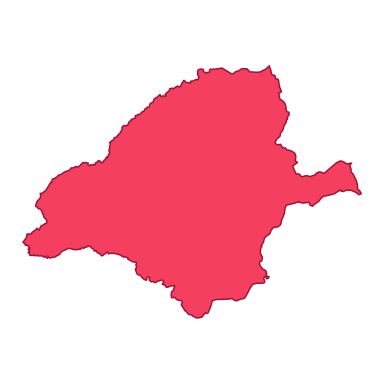 outline of Ribaue, Nampula, Mozambique
{"feature_id": "85939544B68369930448432", "entity_name": "Ribaue", "entity_type": "district", "adm_level": 2, "iso_a3": "MOZ", "parent_name": "Mozambique", "parent_adm1": "Nampula", "projection": "mercator", "projection_center": [38.027, -15.017], "detail": "fine", "context": "isolated", "style": "filled", "palette": "rose", "viewbox_px": 384, "rotation_deg": 0, "n_neighbors": 0, "source": "geoboundaries", "source_scale": "gbopen_adm2", "svg_char_len": 5915}
<svg xmlns="http://www.w3.org/2000/svg" viewBox="0 0 384 384"><path d="M114.0,253.3L119.8,254.8L123.7,257.2L124.3,256.6L127.2,257.5L128.0,258.1L127.7,258.8L128.1,259.2L132.6,261.8L136.2,262.3L136.6,263.0L135.9,264.6L136.6,267.8L135.3,269.2L137.0,273.9L138.2,274.8L140.5,275.4L142.1,277.7L144.3,279.5L146.3,280.2L146.8,279.6L146.9,277.6L147.7,277.1L149.2,277.0L149.8,277.9L149.1,279.9L151.1,281.8L152.5,281.5L154.7,282.5L155.9,282.6L157.8,280.8L159.3,281.0L161.7,279.9L162.0,280.1L163.8,281.8L163.6,282.5L162.4,283.6L162.4,284.3L164.6,285.0L166.3,287.2L167.6,287.2L171.3,285.9L174.5,285.6L174.8,286.3L174.3,286.9L173.6,289.8L171.6,291.9L171.2,294.9L171.5,297.5L172.6,297.8L174.2,297.2L177.5,300.0L178.9,300.5L180.4,300.2L182.4,302.0L182.4,302.7L181.4,304.0L181.5,305.4L183.9,308.7L184.4,310.3L186.0,311.4L188.7,314.4L191.8,315.0L192.8,316.0L195.8,317.7L197.7,318.0L199.7,317.7L202.3,316.8L204.8,313.2L205.7,313.0L206.6,313.5L208.1,312.8L210.3,307.5L212.2,301.3L212.9,300.5L216.4,299.5L228.6,299.1L231.5,298.6L232.8,298.9L234.3,300.3L236.8,300.8L240.5,299.1L243.3,298.7L245.2,297.5L250.3,287.8L252.6,284.4L256.5,283.3L263.5,283.1L264.5,282.6L264.7,282.0L264.5,280.2L263.6,278.7L264.4,277.0L265.6,276.5L266.7,278.8L268.5,278.1L269.0,276.8L267.2,276.1L266.0,274.9L266.0,274.1L266.8,273.3L266.1,272.2L266.1,271.3L265.0,270.1L262.9,269.3L259.9,265.5L259.5,262.6L260.0,261.7L261.7,261.0L262.4,258.2L262.2,256.7L260.2,252.9L260.8,247.9L261.9,246.5L261.9,245.9L261.3,245.4L263.5,242.2L264.3,238.5L266.1,236.4L269.9,233.7L270.9,230.7L272.7,228.2L274.0,227.3L277.8,226.9L280.1,225.2L281.0,223.6L281.4,220.7L284.4,213.4L285.1,208.0L286.3,205.2L294.1,203.3L298.8,201.7L298.9,202.1L300.0,202.5L303.1,203.1L308.6,202.3L309.4,203.3L310.2,205.4L312.8,206.2L313.2,205.2L318.9,201.2L321.1,198.2L323.1,196.5L334.0,193.9L339.1,190.8L339.6,190.1L341.7,191.3L343.2,191.5L346.6,190.2L350.9,190.3L356.1,192.4L358.9,194.7L360.9,194.0L361.0,192.9L359.9,191.2L357.7,188.9L357.4,187.4L357.5,185.1L356.4,180.9L353.3,174.4L351.0,171.9L351.0,168.8L350.0,166.0L350.3,164.6L351.4,163.2L351.0,163.1L347.1,164.0L343.5,161.8L340.5,160.9L336.6,162.7L324.7,172.8L323.2,173.2L321.1,172.2L319.1,171.9L316.1,173.4L315.0,175.0L310.0,176.6L307.5,175.8L305.4,175.8L301.7,176.9L299.3,174.1L296.0,173.8L292.9,166.9L293.4,165.5L297.3,162.7L297.0,161.9L295.7,161.4L295.4,160.6L295.8,156.2L295.3,154.3L294.4,153.0L292.0,151.3L288.8,150.1L287.0,150.1L285.4,148.0L282.7,147.8L280.6,144.4L277.8,144.7L276.4,144.3L275.3,143.3L275.1,142.1L276.2,140.5L276.2,139.6L280.0,136.3L280.6,132.9L282.6,130.5L284.1,125.6L285.8,123.1L286.6,120.0L287.4,119.3L287.6,116.6L289.1,114.9L289.1,112.8L288.8,112.2L287.0,111.7L286.4,111.0L285.8,106.1L285.0,103.6L282.4,100.5L280.6,99.8L279.6,98.4L279.4,95.8L278.6,93.4L279.0,92.9L280.7,92.5L281.4,91.4L280.0,87.8L279.3,87.3L279.6,86.1L279.1,84.9L278.5,80.1L278.0,79.3L275.6,78.7L275.2,76.4L274.6,75.3L272.9,75.2L271.5,74.0L270.7,69.8L269.3,66.0L265.4,69.4L263.6,70.1L260.6,71.9L257.0,72.3L250.3,71.9L249.4,71.5L247.1,68.9L242.3,68.7L240.7,69.3L239.1,70.7L235.5,71.8L232.9,74.0L231.3,73.7L222.1,68.1L214.9,69.2L213.0,69.1L212.2,69.5L210.5,69.1L209.5,70.1L209.6,71.3L209.3,72.0L208.0,72.6L206.7,72.4L205.7,73.0L205.0,72.9L203.4,71.2L203.6,70.0L203.2,69.4L200.4,69.0L198.3,69.9L197.6,71.4L197.7,74.9L198.7,76.5L198.8,77.5L197.9,79.5L195.5,79.8L192.6,81.1L190.8,81.2L190.6,82.9L190.0,83.2L188.9,82.7L186.1,82.4L184.4,80.5L183.5,80.6L183.1,81.9L181.7,83.5L180.5,86.5L179.7,86.9L177.6,86.1L174.7,87.7L173.4,88.9L172.2,88.2L169.9,88.7L168.7,91.4L167.3,92.2L165.2,94.4L165.7,95.3L165.6,96.3L163.3,95.9L161.1,96.6L160.3,94.9L159.5,94.8L157.2,97.4L156.3,97.4L153.8,99.5L153.2,102.1L150.3,103.4L148.9,107.3L147.2,107.1L146.1,108.7L144.9,109.0L144.7,110.1L143.7,111.1L141.8,112.1L139.9,114.4L138.9,114.7L138.2,114.3L136.4,115.6L135.3,115.7L135.5,116.9L135.2,118.0L131.2,119.6L131.4,120.5L129.7,121.3L128.8,122.3L127.9,124.8L126.4,125.8L124.2,125.5L122.7,126.4L122.0,127.5L122.1,129.0L120.5,132.4L119.7,133.7L118.5,134.2L118.6,135.0L117.2,135.9L117.2,136.9L114.5,137.6L113.1,140.4L112.2,140.4L109.7,142.6L110.2,143.2L110.2,144.2L110.1,145.6L109.5,146.2L109.8,148.5L109.2,149.2L109.0,150.4L109.2,151.7L109.8,151.9L109.9,152.7L108.4,154.8L108.0,156.9L107.2,156.8L107.0,157.7L106.1,157.6L106.0,158.4L102.8,162.0L102.9,162.3L102.1,162.8L100.7,162.4L99.9,160.9L98.3,160.9L97.7,161.1L97.6,161.8L95.6,162.8L95.0,164.7L94.2,165.0L93.7,164.5L92.4,164.9L90.5,164.8L90.0,165.5L89.3,165.6L88.0,164.7L88.1,163.1L84.7,162.5L82.6,162.8L78.9,166.6L77.9,166.9L75.5,166.6L73.4,167.9L71.2,167.9L69.5,170.1L64.1,172.2L61.0,174.5L58.4,175.2L56.7,177.2L55.4,177.8L54.7,178.6L53.1,178.8L52.2,179.4L51.8,182.4L50.9,182.1L45.9,190.3L42.1,193.3L40.3,193.4L40.6,195.2L40.3,198.0L37.1,201.3L35.6,205.7L35.9,206.6L37.3,207.1L38.4,208.8L39.6,208.8L40.5,209.4L41.3,210.1L41.6,211.3L42.4,211.9L42.3,213.3L43.1,214.3L43.9,217.2L46.9,220.5L46.6,221.0L46.5,223.4L45.1,223.6L43.1,225.0L41.2,225.7L39.2,229.9L36.9,228.3L35.7,229.8L32.2,232.3L30.9,234.1L27.2,234.0L26.8,234.7L27.0,236.1L25.9,238.3L23.0,242.3L24.7,243.5L25.2,245.0L25.9,245.2L26.3,244.9L26.9,245.7L28.2,245.5L29.0,246.7L28.8,248.0L29.5,247.8L29.6,248.3L28.3,249.5L29.4,250.3L29.2,250.9L29.5,251.1L28.8,251.5L29.0,252.0L28.4,252.1L28.3,252.7L29.1,253.3L29.7,255.0L30.9,255.6L31.7,255.2L32.5,255.5L33.8,254.8L34.4,255.7L35.8,255.4L36.7,255.8L37.3,255.5L39.5,256.0L40.7,255.8L43.1,256.2L43.5,257.0L44.3,257.1L45.1,256.4L47.2,258.2L48.0,257.7L48.1,256.5L48.7,257.5L50.2,257.9L55.6,256.8L56.7,255.6L57.7,255.5L59.5,254.4L61.9,251.1L63.4,250.8L68.6,248.3L72.4,249.0L73.2,249.6L77.0,249.7L78.3,249.2L80.5,249.3L81.2,248.3L82.5,247.8L83.7,248.3L85.3,247.3L87.0,246.9L87.8,246.0L89.0,246.5L90.7,246.4L91.2,247.7L93.9,249.6L94.3,251.0L96.0,250.7L96.4,251.7L98.1,253.2L99.6,253.5L101.4,255.7L102.9,255.6L103.7,254.5L105.5,253.6L107.3,251.9L108.6,253.9L109.6,253.4L114.0,253.3Z" fill="#f43f5e" stroke="#9f1239" stroke-width="1.5"/></svg>